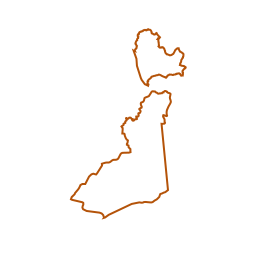 outline of Ngatpang, Aimeliik, Palau, rotated 59°
{"feature_id": "81905179B51358963868347", "entity_name": "Ngatpang", "entity_type": "district", "adm_level": 2, "iso_a3": "PLW", "parent_name": "Palau", "parent_adm1": "Aimeliik", "projection": "mercator", "projection_center": [134.507, 7.458], "detail": "fine", "context": "isolated", "style": "outline", "palette": "amber", "viewbox_px": 256, "rotation_deg": 59, "n_neighbors": 0, "source": "geoboundaries", "source_scale": "gbopen_adm2", "svg_char_len": 5430}
<svg xmlns="http://www.w3.org/2000/svg" viewBox="0 0 256 256"><g transform="rotate(59 128 128)"><path d="M123.3,132.8L124.7,132.8L125.3,132.6L126.9,133.6L129.8,135.7L130.7,134.4L131.1,134.1L131.6,134.1L132.9,134.7L135.3,135.1L137.1,135.1L138.6,134.5L140.5,136.1L141.0,137.1L141.8,137.6L143.3,136.6L144.9,137.4L147.3,136.8L148.3,137.4L150.0,138.3L149.6,139.9L146.7,145.0L146.3,145.9L146.3,147.1L146.6,147.9L149.0,151.8L149.3,152.6L149.3,153.7L149.0,154.7L148.0,156.5L147.7,157.1L147.6,158.4L147.9,160.4L147.9,161.3L147.7,162.2L146.4,164.5L146.0,165.6L145.2,168.8L146.8,169.6L151.0,178.0L151.4,179.3L149.3,181.3L148.9,183.2L149.6,186.4L154.0,193.5L152.5,195.9L152.4,198.1L154.0,200.4L154.9,202.2L156.5,206.9L157.3,207.9L158.2,211.8L159.7,213.6L160.8,212.9L168.0,205.5L169.0,204.9L169.9,205.3L170.7,205.8L171.5,207.0L172.8,208.1L174.5,208.3L177.8,206.2L185.9,196.0L187.7,194.6L189.8,194.1L192.5,194.7L192.6,194.9L192.9,193.7L192.5,189.2L195.0,163.9L197.6,156.6L199.0,154.9L199.6,153.7L199.7,152.5L200.4,151.1L203.2,147.3L203.9,146.2L204.2,145.0L203.9,142.6L204.0,140.1L203.2,136.7L201.8,135.1L201.2,134.2L201.6,132.9L201.8,130.6L202.2,129.1L201.8,125.7L141.7,97.1L142.2,96.5L142.7,94.9L143.0,94.5L142.8,93.8L142.6,93.6L141.3,93.3L139.8,92.4L139.1,92.2L136.6,92.1L136.0,91.9L135.2,91.2L135.4,90.7L136.3,90.1L137.6,88.9L137.7,88.4L137.6,88.2L136.2,87.8L134.2,86.7L132.7,85.4L130.5,82.3L128.7,79.1L127.7,77.8L126.1,77.2L124.5,76.9L123.4,76.4L122.4,75.5L121.0,74.2L120.5,74.0L119.6,74.4L118.5,75.5L117.4,76.0L117.1,75.9L117.0,76.1L116.5,76.2L115.8,76.6L115.3,77.3L115.3,77.8L115.4,78.0L115.4,79.2L115.7,79.4L115.3,80.0L115.7,81.0L115.2,81.7L115.1,82.3L114.8,83.0L114.5,83.3L114.5,83.5L114.3,84.2L113.8,84.7L112.6,85.1L111.9,85.7L110.5,86.1L110.0,87.1L109.4,87.6L109.1,88.3L109.1,89.0L111.1,93.0L111.4,93.7L111.3,94.9L110.8,97.5L110.9,98.5L112.5,100.0L113.2,101.1L113.3,102.0L113.0,103.7L113.2,104.0L113.8,104.6L115.2,105.1L116.6,105.2L117.1,105.4L117.3,106.4L117.5,106.4L117.4,107.3L117.5,108.5L117.9,108.7L119.4,108.4L119.8,108.5L120.3,108.7L121.1,109.8L121.2,111.1L120.8,111.2L120.8,111.6L121.1,111.8L122.9,112.5L123.3,113.1L123.1,114.1L122.6,114.6L122.4,115.0L122.7,115.3L124.3,115.4L124.9,115.8L124.8,116.3L124.4,116.8L124.2,117.3L124.6,119.2L124.5,119.6L124.0,120.2L123.8,120.2L123.5,120.3L122.7,119.5L122.2,120.2L120.9,120.3L120.6,120.4L120.2,120.8L119.8,121.6L120.1,122.9L120.1,123.4L119.7,123.9L118.7,124.1L118.6,124.3L118.6,124.6L118.9,124.8L120.0,124.9L120.6,125.1L120.8,125.4L120.9,126.7L121.2,127.2L122.2,127.7L122.1,129.6L122.9,130.1L123.2,130.5L123.2,132.2L123.3,132.8ZM101.8,89.2L101.3,89.0L101.5,88.9L101.6,88.5L101.5,88.2L101.1,88.1L101.0,88.3L100.7,88.4L100.7,88.6L100.8,89.0L100.4,89.5L100.3,88.9L100.0,88.3L99.3,87.9L99.0,87.7L98.9,87.5L98.3,87.4L98.2,87.3L98.3,87.1L98.3,86.8L98.1,86.8L98.0,86.6L97.8,86.6L97.2,85.5L97.1,84.2L96.8,82.5L96.4,81.6L96.2,81.5L96.2,81.2L96.5,80.2L96.8,78.7L97.2,77.9L97.3,77.0L97.4,76.9L97.5,76.3L98.0,75.3L98.1,74.0L99.1,73.1L99.6,72.7L100.4,72.4L101.8,71.4L102.1,71.3L103.2,70.3L103.3,70.3L103.4,70.1L104.4,69.6L104.1,69.1L104.3,68.7L103.5,67.2L103.4,66.9L103.7,66.2L103.5,65.0L103.7,64.8L104.6,63.3L105.6,62.4L105.8,62.1L105.8,61.2L106.0,60.9L106.1,60.7L106.4,60.1L106.6,59.3L106.4,59.1L106.4,58.9L106.6,58.9L106.8,58.5L106.9,57.4L107.1,56.7L107.5,56.3L108.0,56.0L107.9,55.8L108.1,55.7L108.3,55.7L108.5,55.5L109.0,55.3L109.4,55.6L110.2,55.4L110.4,55.5L110.6,55.3L110.6,55.1L110.8,55.0L110.9,54.8L110.8,54.0L111.0,53.9L110.6,53.5L108.9,52.4L108.7,52.6L108.4,52.6L107.5,52.1L107.2,51.9L107.1,51.4L106.6,50.6L106.2,49.2L106.3,49.2L106.2,48.7L106.3,48.6L106.2,47.9L105.7,47.3L105.4,47.3L104.4,47.9L104.1,47.9L103.9,48.0L103.4,48.6L103.2,48.7L102.5,49.7L101.9,50.3L101.2,50.4L101.1,50.6L100.8,50.8L100.7,51.0L99.4,49.9L99.2,49.2L98.5,48.3L97.2,47.3L96.3,45.4L96.1,45.3L96.0,44.6L95.2,44.1L95.1,43.7L94.6,43.3L93.4,42.5L93.2,42.4L92.5,42.4L92.2,42.7L91.0,43.0L90.6,43.3L89.3,43.9L89.2,44.1L86.7,43.9L85.8,43.5L85.2,44.4L85.3,44.9L85.1,45.4L85.4,46.1L85.4,46.8L85.6,47.4L85.8,47.6L85.9,47.9L86.4,48.6L87.7,50.8L87.8,51.2L87.7,51.8L87.8,52.3L87.8,53.3L87.3,54.7L86.9,54.9L85.6,56.0L85.1,56.2L84.8,56.8L84.7,56.8L83.2,57.2L82.6,57.0L81.7,57.0L81.0,56.5L80.3,56.5L79.2,56.2L78.4,56.1L78.0,56.2L77.9,56.4L76.7,56.6L76.7,56.8L76.2,57.3L76.3,57.8L76.1,58.4L75.9,58.7L75.7,58.6L75.1,59.6L75.0,60.3L74.9,60.0L74.6,59.7L73.7,59.8L73.6,59.3L73.1,58.8L72.9,58.8L71.9,58.4L71.3,58.1L70.9,57.8L70.4,57.6L69.8,57.6L69.3,57.1L68.2,56.8L67.7,56.4L67.2,56.5L67.0,56.8L66.6,56.0L67.0,55.5L66.9,55.2L67.2,55.0L66.7,53.9L65.3,54.3L61.5,55.0L61.4,54.7L61.2,54.8L61.6,56.3L61.7,56.9L61.4,57.2L61.2,57.6L60.9,57.7L59.7,58.4L59.2,58.8L58.8,58.7L58.5,58.8L58.0,58.4L57.1,58.2L55.9,58.2L55.2,58.5L54.8,59.0L54.5,59.6L54.1,59.7L54.0,60.0L53.7,60.0L53.6,60.5L53.8,60.9L53.9,61.4L53.7,62.1L53.3,62.1L52.9,62.6L52.6,63.0L52.6,63.5L52.2,64.2L52.2,64.8L52.6,65.4L52.6,65.6L52.5,65.9L52.2,66.3L52.0,66.9L52.2,67.5L51.9,67.8L51.8,68.8L52.4,69.9L52.6,70.1L53.0,70.1L53.1,70.3L52.7,70.4L52.7,70.7L53.3,71.8L54.2,72.3L55.0,72.5L55.3,72.3L55.8,72.9L56.2,73.1L56.2,73.7L56.4,74.2L57.3,75.1L57.5,75.1L57.6,75.8L58.2,76.8L59.2,78.0L60.1,78.3L60.4,78.2L60.5,78.0L61.7,78.3L62.3,78.1L63.1,79.1L63.5,79.2L63.7,79.5L64.0,79.7L64.2,80.8L64.3,80.8L64.5,81.5L64.8,81.9L65.0,82.5L65.3,82.5L64.9,82.8L65.0,83.3L64.8,83.4L73.0,85.1L79.3,88.3L91.5,91.2L93.8,91.5L99.1,91.0L101.8,89.2Z" fill="none" stroke="#b45309" stroke-width="2"/></g></svg>